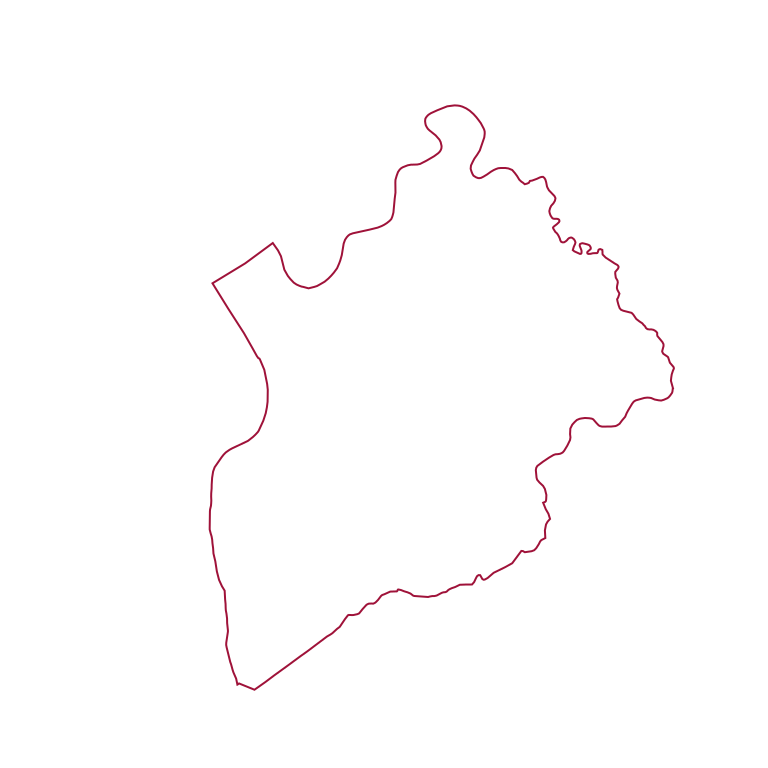 the district of Nga Son, Thanh Hóa, Vietnam, rotated 153°
{"feature_id": "81297802B47963627673209", "entity_name": "Nga Son", "entity_type": "district", "adm_level": 2, "iso_a3": "VNM", "parent_name": "Vietnam", "parent_adm1": "Thanh Hóa", "projection": "mercator", "projection_center": [105.976, 20.004], "detail": "fine", "context": "isolated", "style": "outline", "palette": "rose", "viewbox_px": 768, "rotation_deg": 153, "n_neighbors": 0, "source": "geoboundaries", "source_scale": "gbopen_adm2", "svg_char_len": 6166}
<svg xmlns="http://www.w3.org/2000/svg" viewBox="0 0 768 768"><g transform="rotate(153 384 384)"><path d="M161.8,498.7L163.6,497.5L165.5,497.6L167.9,498.1L168.9,500.5L169.7,501.8L170.7,504.6L171.0,508.8L171.6,512.4L172.6,516.5L175.3,519.6L178.0,521.5L181.8,523.4L184.3,524.4L186.6,524.7L189.1,524.8L192.4,524.6L197.0,523.9L201.1,523.6L203.9,523.6L205.8,524.2L206.7,524.8L208.1,526.3L209.7,529.0L209.8,531.1L209.6,533.6L209.1,536.4L207.3,539.2L203.8,541.9L201.1,543.8L196.9,546.0L192.6,548.6L182.7,558.2L180.7,561.2L179.7,563.2L179.3,565.0L179.2,566.3L179.3,572.5L180.0,576.7L180.6,579.8L181.7,583.9L183.6,588.7L185.6,592.2L188.2,595.5L190.2,597.4L191.9,598.6L194.6,600.2L201.6,602.7L212.3,603.7L219.3,604.0L222.2,603.7L224.0,603.1L225.7,602.3L226.8,601.5L228.1,599.5L228.9,597.2L229.3,595.5L229.3,593.7L229.1,591.5L228.3,589.2L225.1,582.1L223.7,576.6L223.7,573.8L224.7,569.8L225.8,568.0L226.8,567.0L228.1,566.1L229.1,565.6L231.0,565.0L235.9,564.2L244.7,563.7L252.0,563.7L254.8,564.5L260.5,567.2L263.6,568.1L268.7,568.6L270.6,568.5L272.7,567.9L275.3,566.5L278.2,563.8L281.1,560.7L282.4,558.4L286.9,549.3L290.3,544.3L297.7,532.6L299.8,530.2L301.1,528.9L302.7,527.6L305.0,526.8L308.4,526.1L311.5,525.8L314.4,525.8L318.6,526.2L326.8,528.1L343.3,532.4L346.5,532.8L348.3,532.5L350.5,531.7L353.2,530.2L356.2,527.4L363.1,518.0L366.8,514.0L369.3,511.7L373.3,508.4L378.1,506.0L381.8,504.5L385.7,503.2L390.5,502.1L396.3,501.8L399.2,501.7L402.2,502.2L407.8,503.5L412.0,507.3L413.2,508.2L414.8,509.9L416.8,512.4L418.4,515.3L419.8,520.1L420.6,524.0L420.9,531.1L417.8,544.6L417.8,551.2L419.1,560.1L453.0,554.5L491.1,551.6L488.6,521.9L485.7,492.9L484.9,475.1L484.6,466.6L484.2,464.1L483.5,463.3L483.4,462.2L484.2,451.0L488.1,437.1L490.2,431.6L495.8,421.0L499.0,416.3L502.7,411.6L508.2,406.1L516.8,399.3L518.2,398.5L521.7,397.2L524.8,396.3L530.9,395.1L532.2,395.1L548.6,395.6L551.5,395.5L555.8,394.9L557.4,394.4L559.1,393.8L561.9,392.5L572.7,386.7L576.0,383.6L579.7,378.5L583.2,372.6L585.0,369.2L587.6,365.0L589.1,362.2L590.8,358.5L592.3,355.9L593.5,354.0L595.9,351.2L596.9,349.6L604.7,334.8L605.4,333.4L606.3,329.4L606.8,326.5L607.8,323.2L609.1,320.1L610.8,315.3L612.9,310.4L614.8,302.6L618.0,292.9L619.9,284.4L620.2,277.3L619.8,272.2L623.4,264.1L625.0,260.0L626.8,256.2L627.7,254.1L628.6,251.0L630.3,246.3L632.3,242.2L634.9,235.4L635.5,234.2L642.0,225.1L643.1,223.1L643.8,220.7L647.2,206.1L647.5,203.7L648.7,197.9L649.1,195.3L649.5,188.6L651.1,182.7L650.7,182.7L649.1,183.0L638.2,170.4L625.0,172.3L614.2,174.2L597.0,176.9L582.0,179.4L573.8,180.6L549.4,184.9L545.5,185.1L543.1,185.4L537.1,187.1L533.7,187.7L525.4,192.3L521.1,194.3L520.2,194.2L517.0,192.4L516.0,192.0L512.2,191.0L510.3,190.9L505.2,193.2L500.2,195.1L499.0,195.3L497.3,195.2L494.6,194.0L493.4,193.2L491.6,193.1L490.4,193.3L487.4,194.3L482.8,196.5L481.4,196.8L479.1,196.5L472.7,196.2L466.7,193.4L465.9,193.7L465.3,194.3L464.9,194.5L464.5,194.4L462.4,192.7L460.2,190.2L457.6,187.7L455.5,185.2L454.1,182.2L453.3,181.4L441.4,174.2L439.5,173.8L437.2,173.1L435.7,172.3L434.0,171.8L433.0,171.6L427.3,171.7L425.6,171.4L423.9,170.7L423.1,170.6L422.3,170.6L420.1,171.3L418.5,171.4L416.2,171.3L412.8,170.8L407.6,170.7L402.0,168.1L396.6,165.4L393.6,166.6L390.4,169.1L388.4,170.5L386.6,170.8L385.1,170.0L384.9,165.5L384.0,164.3L382.9,164.0L379.8,164.1L372.0,166.0L359.5,165.8L351.1,166.1L337.4,172.9L336.1,172.1L334.9,170.2L328.4,168.0L325.6,167.7L322.9,168.6L318.8,171.0L316.4,172.8L314.7,173.5L310.2,173.5L307.1,180.5L303.4,185.3L300.7,187.1L297.3,188.4L296.4,193.8L296.7,199.0L296.1,206.0L293.8,205.8L292.8,206.3L291.8,207.7L289.7,211.4L288.3,217.4L288.5,221.0L290.2,225.7L291.0,229.2L290.6,231.3L287.8,238.4L286.3,240.3L284.5,241.4L277.6,242.6L270.2,243.5L265.1,243.8L263.1,243.5L261.0,242.6L258.8,241.9L257.1,241.8L255.8,241.9L253.8,242.7L248.6,245.9L243.7,249.6L242.1,251.8L241.0,254.8L238.2,259.7L234.7,262.3L231.6,263.5L228.5,264.4L225.6,264.2L223.8,263.7L220.4,262.5L216.8,260.4L214.6,258.8L213.6,257.5L212.4,252.7L211.5,249.7L210.7,248.5L209.0,247.0L200.7,242.9L196.8,241.4L195.0,241.3L192.2,241.6L188.4,243.5L184.0,245.3L181.1,247.8L178.5,249.6L172.0,253.7L170.2,254.6L169.0,255.0L167.1,255.1L158.4,253.4L155.7,252.4L153.8,251.3L152.3,250.2L149.9,247.3L146.7,244.8L144.5,243.4L141.8,242.9L138.3,242.7L136.6,242.9L134.3,243.8L131.3,245.4L130.3,246.5L128.8,248.8L128.5,248.8L126.9,256.6L125.1,259.4L123.3,261.9L120.5,264.7L119.0,265.9L118.5,266.5L118.3,267.7L119.6,273.2L118.7,278.9L119.2,280.1L121.4,284.1L121.5,285.7L121.3,286.9L117.7,290.9L116.9,292.6L116.9,295.0L118.6,302.5L118.3,303.8L117.4,305.4L117.6,306.9L118.3,308.4L119.3,309.9L120.9,311.2L122.7,312.1L124.4,313.3L125.2,315.1L125.2,316.9L125.9,318.9L126.3,320.8L128.0,323.8L129.7,327.4L130.4,332.8L131.1,335.0L137.5,340.6L139.1,342.5L139.6,344.6L139.2,347.9L138.4,351.7L137.8,353.7L136.2,354.7L133.2,357.6L133.3,362.0L132.9,363.8L131.9,365.4L129.6,368.3L129.0,370.1L129.2,373.5L127.9,377.3L127.0,378.9L123.0,380.6L121.8,381.8L121.7,383.0L122.1,384.2L123.9,386.9L129.1,396.0L130.4,400.1L129.9,401.5L129.2,402.8L128.6,404.4L130.0,406.0L131.0,406.3L132.0,406.1L133.5,404.5L134.4,403.9L135.0,404.0L136.1,404.6L138.6,405.7L140.8,406.2L142.8,407.1L143.4,407.8L143.4,408.5L143.0,409.2L142.0,409.6L139.4,410.2L138.4,410.6L137.8,411.9L137.9,414.0L138.4,414.9L139.5,416.1L141.6,418.0L143.2,419.3L144.1,419.6L145.8,419.7L146.4,419.1L146.9,418.3L147.4,413.4L147.8,412.4L148.6,411.0L149.4,410.6L150.3,410.9L154.2,415.8L155.0,417.6L152.6,420.1L150.1,422.1L149.1,423.3L148.9,424.8L149.0,426.6L149.6,428.0L150.0,428.8L150.8,429.6L151.6,429.8L152.7,430.0L154.2,429.7L155.7,429.0L157.4,428.6L159.2,428.5L160.7,429.2L161.6,430.3L161.7,431.9L161.3,433.8L161.2,436.7L161.3,438.4L161.6,440.0L162.3,441.7L162.6,445.6L162.5,446.5L161.8,447.0L160.8,447.3L157.5,447.9L154.7,448.7L153.7,449.5L153.4,450.8L153.8,451.7L154.8,452.6L157.5,454.0L158.3,454.7L158.8,455.7L159.1,458.5L158.8,461.0L158.2,463.0L156.3,465.2L154.1,466.9L151.0,468.1L148.6,469.6L147.0,471.5L146.8,472.3L146.8,474.1L149.1,481.7L149.2,484.5L149.1,486.0L147.9,490.2L147.4,493.0L147.6,494.9L148.3,496.4L149.7,497.0L151.4,497.3L154.6,497.4L159.7,498.0L161.8,498.7Z" fill="none" stroke="#9f1239" stroke-width="2"/></g></svg>